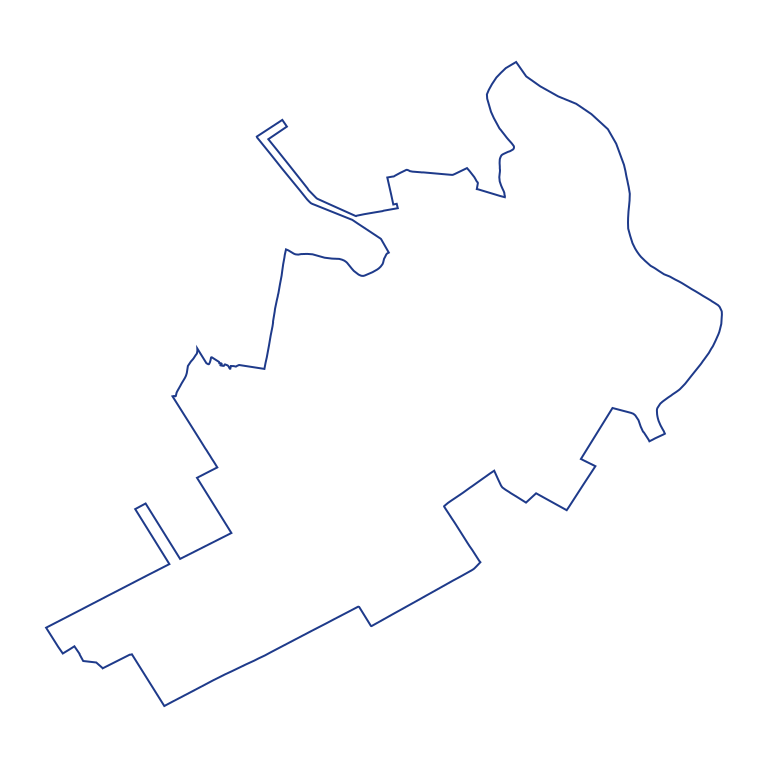 Vladeni, Ialomita, Romania (Natural Earth projection)
{"feature_id": "2599482B22969685328670", "entity_name": "Vladeni", "entity_type": "district", "adm_level": 2, "iso_a3": "ROU", "parent_name": "Romania", "parent_adm1": "Ialomita", "projection": "natural_earth1", "projection_center": [27.826, 44.617], "detail": "fine", "context": "isolated", "style": "outline", "palette": "blue", "viewbox_px": 768, "rotation_deg": 0, "n_neighbors": 0, "source": "geoboundaries", "source_scale": "gbopen_adm2", "svg_char_len": 6067}
<svg xmlns="http://www.w3.org/2000/svg" viewBox="0 0 768 768"><path d="M46.1,627.7L53.3,639.1L58.1,646.7L62.8,653.5L69.7,649.3L74.4,646.3L79.6,653.9L79.6,654.4L83.2,661.0L96.3,662.5L96.6,662.8L102.6,668.1L102.7,668.3L129.7,654.7L130.8,654.7L131.9,654.3L164.3,706.0L172.6,701.6L194.6,690.1L213.4,680.2L225.0,674.4L232.1,671.1L246.2,664.3L254.3,660.6L258.4,658.5L265.0,655.4L270.9,652.2L294.0,640.1L311.2,631.1L326.2,623.4L334.3,619.1L348.4,611.8L357.9,606.8L358.4,606.7L359.2,607.0L370.9,625.9L371.3,626.1L371.7,626.0L375.1,624.1L392.6,614.3L412.6,603.2L452.6,580.8L461.3,576.1L472.0,570.1L473.7,569.0L474.6,568.2L476.6,566.2L480.4,562.2L479.2,560.8L472.2,549.9L469.6,546.2L467.4,542.8L464.5,538.2L455.0,523.2L451.8,518.4L448.1,512.7L445.6,508.9L444.1,506.5L444.2,506.1L448.0,502.9L451.6,500.4L454.6,498.4L462.9,492.8L469.8,487.8L472.3,486.1L478.6,481.6L490.0,473.5L494.2,470.7L497.9,478.9L501.0,485.5L502.3,487.4L502.7,487.7L505.6,489.8L509.6,492.3L510.2,492.8L517.1,497.0L526.0,502.6L536.1,493.3L566.7,510.2L568.8,507.1L583.6,484.2L595.4,466.2L580.9,459.0L612.5,408.0L631.1,412.9L633.4,413.8L635.3,415.4L638.5,420.2L640.7,426.6L643.0,431.6L643.6,432.2L643.8,432.3L648.6,439.7L649.4,441.3L652.6,439.7L655.0,438.4L660.6,435.8L663.8,434.3L664.9,433.7L664.2,432.2L663.7,431.0L663.2,430.2L662.5,429.0L660.6,425.5L660.1,424.4L658.6,420.9L657.8,418.1L657.4,416.2L657.1,414.3L656.9,410.5L657.0,409.3L657.3,408.3L657.5,407.9L659.5,404.8L660.1,403.9L660.7,403.2L661.4,402.7L662.2,401.9L663.9,400.6L668.3,397.4L671.3,395.4L672.4,394.5L673.6,393.7L674.8,392.9L676.3,391.9L678.8,390.1L680.0,389.1L683.0,386.0L685.1,383.8L686.3,382.3L691.1,376.2L700.5,364.5L701.4,363.3L702.5,361.7L703.1,360.8L703.9,359.8L708.9,352.9L711.2,348.8L712.9,346.2L714.5,342.9L715.5,340.8L718.4,334.3L719.3,331.9L720.0,329.2L721.3,323.9L721.4,322.4L721.7,317.4L721.9,314.8L721.8,311.8L721.6,311.0L721.0,309.7L720.0,307.6L719.4,306.5L718.8,306.0L718.1,305.2L716.7,304.3L714.7,303.0L711.9,301.3L710.8,300.5L708.0,298.8L703.2,296.0L701.6,295.0L700.2,294.1L695.4,291.2L691.7,289.1L688.0,286.8L681.8,283.0L678.7,281.3L675.1,279.5L671.5,277.5L670.3,276.8L669.2,276.3L664.1,274.3L658.8,270.9L656.6,269.4L654.5,268.0L650.6,265.8L647.8,263.3L644.9,260.7L643.9,259.7L641.0,256.9L639.2,254.7L637.2,251.9L635.7,249.5L635.0,248.3L632.5,243.2L630.2,235.9L628.2,228.6L628.0,222.6L628.1,218.0L628.5,211.3L629.0,206.6L629.6,200.2L629.6,199.3L629.8,193.8L628.6,186.6L628.0,183.9L627.3,180.3L626.8,178.2L626.3,175.8L625.8,173.1L625.4,170.9L624.5,167.1L624.0,164.9L616.2,143.7L607.9,129.2L591.4,114.1L576.2,103.8L558.2,96.4L540.2,86.3L526.2,76.4L516.1,62.0L505.8,68.1L500.8,72.9L496.4,77.5L492.0,84.1L488.8,89.9L486.9,94.4L487.2,98.7L491.0,111.8L493.8,118.0L499.5,128.5L500.9,130.1L502.1,131.7L503.6,133.6L505.0,135.4L506.7,137.6L508.3,139.5L511.7,143.3L513.6,145.8L513.9,146.4L514.0,147.2L513.9,148.0L513.7,148.6L513.1,149.4L511.6,150.3L510.0,151.2L507.9,151.9L503.4,154.0L502.2,154.7L501.5,155.3L501.0,156.1L500.4,157.4L499.8,159.2L499.7,160.9L499.6,163.1L499.8,166.4L499.8,168.4L500.0,170.1L499.9,171.9L499.7,173.4L499.3,177.2L499.5,179.1L499.7,181.3L500.2,182.8L501.1,185.5L501.8,187.1L502.5,188.7L503.7,191.2L504.3,192.8L504.5,194.7L504.9,196.2L504.8,197.2L500.2,196.0L478.0,189.3L476.8,189.1L477.9,183.0L477.7,182.6L477.6,182.3L476.9,181.6L476.5,181.0L475.3,178.8L474.3,177.1L473.6,176.2L469.6,171.1L467.0,168.1L455.4,173.7L454.8,174.0L454.3,174.2L453.2,174.7L452.7,174.8L452.2,174.9L447.3,174.5L423.4,172.4L421.5,172.4L421.0,172.3L412.3,171.6L410.9,171.3L410.3,171.2L409.8,171.1L408.5,170.3L407.8,170.1L407.2,169.9L406.8,169.9L406.3,169.9L405.7,170.2L401.6,172.2L400.7,172.6L394.8,175.8L394.1,176.3L393.5,176.5L392.4,176.6L387.3,177.5L391.2,194.7L393.3,204.5L396.7,203.8L397.8,208.2L383.6,210.7L382.6,211.1L375.3,212.3L364.2,214.2L356.8,215.7L356.1,216.1L355.4,215.9L327.1,203.2L317.2,198.7L316.1,197.8L308.4,189.9L307.6,188.5L289.0,165.0L277.2,150.2L268.3,139.2L286.9,126.6L282.3,119.9L279.3,121.9L256.8,136.6L257.1,137.5L270.6,154.2L281.8,168.3L300.3,190.9L307.1,199.4L308.9,201.3L310.8,203.1L312.3,203.9L315.4,205.1L351.1,219.4L352.0,219.7L353.1,220.4L357.4,223.3L380.4,238.5L380.9,238.9L381.2,239.3L388.8,252.6L387.1,253.5L386.3,254.4L385.0,257.1L384.1,258.7L383.1,262.7L382.5,264.2L380.6,266.7L378.8,268.4L377.1,269.6L372.5,272.2L364.8,275.5L363.4,275.9L362.1,275.9L360.8,275.6L358.6,274.6L353.8,270.9L351.7,268.5L347.1,262.8L346.1,261.9L344.4,260.7L342.1,259.7L339.2,258.9L332.0,258.6L324.6,257.7L312.5,254.3L307.1,253.9L301.0,254.1L298.3,254.6L295.9,254.4L295.1,254.2L293.7,253.6L291.9,252.5L288.4,250.4L286.0,249.4L284.8,254.8L284.4,257.6L283.2,264.1L282.3,270.4L281.6,275.7L280.9,279.4L280.0,284.1L279.3,288.1L278.4,293.3L277.9,295.2L277.8,296.1L276.9,299.9L275.0,309.0L274.7,311.5L273.1,321.1L273.0,322.1L273.1,322.4L272.5,326.4L270.7,335.4L269.0,345.4L266.8,357.3L265.6,362.6L264.4,368.9L239.1,365.0L237.2,365.8L235.9,366.6L235.2,366.4L233.6,366.1L230.9,366.0L230.3,368.7L229.8,368.7L229.3,367.9L228.6,366.4L227.6,365.4L225.8,364.7L225.3,364.5L225.0,364.4L224.7,364.5L224.4,364.9L224.1,365.5L223.9,365.8L223.7,365.8L223.3,365.9L220.6,365.4L220.4,365.3L220.4,365.1L220.6,365.0L221.1,364.9L221.4,364.7L221.6,364.6L221.7,364.4L221.7,364.1L221.7,363.9L221.5,363.6L221.3,363.5L220.8,363.2L220.4,363.2L219.8,363.2L219.3,363.2L219.1,362.1L219.0,361.9L211.8,357.3L211.4,357.3L211.2,357.4L211.0,357.8L210.5,360.3L209.9,362.3L209.1,364.0L208.8,364.2L208.6,364.2L208.2,364.2L206.4,363.2L197.3,348.5L197.4,350.6L196.9,353.5L196.5,354.1L195.7,355.1L193.5,358.5L192.6,359.6L190.9,361.5L187.9,366.0L187.4,369.2L186.8,373.0L186.2,375.0L185.8,376.1L184.8,378.1L181.5,383.6L180.4,385.7L177.5,390.8L176.6,392.6L176.2,394.4L175.9,395.6L175.8,396.0L175.2,396.3L174.2,396.0L173.3,396.1L172.5,396.3L176.6,402.8L180.5,409.0L183.9,414.4L189.1,422.6L199.6,439.3L205.2,448.3L206.7,450.5L208.1,452.8L209.8,455.4L211.8,458.7L213.9,461.9L217.3,467.4L197.0,477.8L231.4,533.0L222.9,537.3L180.1,558.9L145.6,503.5L135.2,509.1L169.4,564.1L148.6,574.7L108.9,595.2L77.3,611.6L46.1,627.7Z" fill="none" stroke="#1e3a8a" stroke-width="2"/></svg>